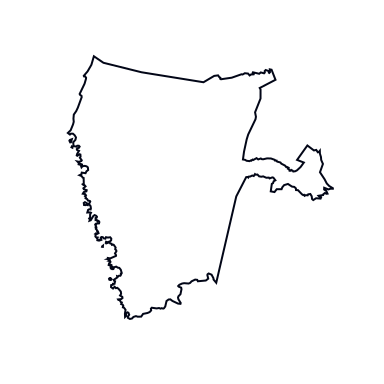 Santa María Huatulco, Oaxaca, Mexico (Robinson projection), rotated 105°
{"feature_id": "50627088B35092187555669", "entity_name": "Santa María Huatulco", "entity_type": "district", "adm_level": 2, "iso_a3": "MEX", "parent_name": "Mexico", "parent_adm1": "Oaxaca", "projection": "robinson", "projection_center": [-96.169, 15.822], "detail": "fine", "context": "isolated", "style": "outline", "palette": "ink", "viewbox_px": 384, "rotation_deg": 105, "n_neighbors": 0, "source": "geoboundaries", "source_scale": "gbopen_adm2", "svg_char_len": 6077}
<svg xmlns="http://www.w3.org/2000/svg" viewBox="0 0 384 384"><g transform="rotate(105 192 192)"><path d="M151.9,56.9L150.7,61.0L148.9,64.0L145.4,67.2L139.8,73.5L131.0,72.8L127.6,75.5L124.8,76.5L121.8,78.4L119.1,79.2L120.5,79.8L121.1,80.7L119.2,82.9L120.3,85.0L117.2,92.6L133.8,98.8L134.6,91.6L139.8,93.6L143.9,96.2L145.2,97.6L146.0,99.5L145.4,100.2L145.0,101.8L145.9,102.1L146.2,103.3L145.2,103.8L144.4,106.3L144.2,104.9L143.6,104.9L143.2,107.0L143.5,107.5L142.4,109.0L141.5,113.1L140.6,114.2L140.6,117.4L140.4,118.1L139.8,118.4L140.1,120.1L139.5,120.4L139.2,124.4L140.1,128.2L142.0,131.8L142.2,133.3L141.8,134.2L143.4,136.5L142.6,138.4L145.2,141.1L145.0,141.8L146.3,142.7L146.1,143.1L147.3,144.4L147.7,147.4L147.2,149.0L147.4,151.2L139.5,152.2L127.0,152.8L121.9,152.6L105.3,149.5L102.8,149.7L98.7,151.7L84.0,150.0L75.3,152.3L74.0,153.5L62.0,140.4L53.3,146.8L53.4,148.6L56.1,147.7L57.0,148.2L56.8,148.7L55.4,148.9L55.1,152.4L56.4,153.1L57.8,152.6L58.7,153.1L58.7,156.5L60.4,157.7L60.6,164.1L61.2,164.2L61.8,162.8L62.4,162.9L63.2,165.4L64.5,166.5L63.1,168.5L63.6,171.7L65.4,173.5L65.5,174.7L71.3,183.2L75.6,193.2L75.3,194.1L74.3,194.2L73.9,195.5L72.6,197.0L74.1,200.6L83.0,209.3L89.4,271.7L90.1,311.0L86.3,321.9L95.2,322.1L102.6,324.1L107.8,326.6L108.3,326.2L108.0,325.2L109.0,323.9L110.1,323.7L115.2,323.8L126.4,325.9L127.3,325.0L127.6,323.7L128.9,323.1L140.1,324.1L143.9,324.8L147.8,326.2L151.8,325.5L154.8,324.4L157.5,324.4L163.8,325.2L167.1,327.2L168.1,324.8L167.0,324.1L166.5,322.1L167.5,320.1L169.3,318.2L171.7,318.1L174.8,319.6L178.3,318.3L178.1,315.6L177.0,314.8L176.6,313.3L177.2,312.3L178.5,312.6L179.4,314.0L180.4,314.4L181.2,313.8L181.5,311.8L184.8,312.8L186.5,312.8L186.7,312.1L184.6,310.4L184.7,309.5L186.7,308.8L187.9,309.2L189.9,306.7L190.7,306.9L192.1,309.0L192.2,310.6L193.3,308.8L194.6,308.7L194.6,308.0L193.6,307.8L193.9,305.3L194.8,305.1L195.5,306.0L196.8,305.1L195.5,304.5L194.5,302.3L194.5,300.5L195.0,299.2L195.7,298.7L197.7,298.0L199.3,299.3L201.4,299.7L201.8,303.5L203.5,303.4L204.9,305.0L205.2,302.7L206.4,301.3L206.5,300.3L211.9,298.7L212.8,299.6L213.3,298.7L213.0,297.9L214.1,296.3L216.5,297.9L217.3,297.2L217.5,294.2L218.7,294.2L220.1,296.5L221.9,297.0L221.7,294.7L222.6,293.6L223.7,294.3L224.5,293.1L225.6,293.2L226.0,291.4L227.2,290.3L227.1,288.3L227.6,287.8L230.3,288.4L231.9,286.3L234.0,285.4L235.1,285.4L235.3,286.8L236.1,287.7L238.9,287.8L238.1,285.2L238.2,284.2L240.1,284.6L243.1,283.8L244.2,284.5L245.2,283.4L246.2,283.5L245.5,282.5L240.7,281.1L239.5,280.1L239.8,278.4L240.5,277.4L241.3,277.4L242.0,278.4L243.9,277.9L243.6,277.4L244.1,276.9L243.9,276.3L244.6,275.8L244.1,275.6L244.1,274.7L245.0,273.7L246.4,273.7L247.4,276.5L248.4,277.1L249.0,276.7L248.6,276.3L250.8,276.0L250.5,275.5L250.8,275.2L252.6,275.2L252.8,274.4L254.2,273.7L254.3,272.8L255.6,271.9L255.7,272.5L256.4,272.1L257.4,273.2L256.4,274.9L257.0,274.1L257.4,274.4L257.5,273.7L257.9,274.1L260.0,273.8L260.6,272.9L260.4,271.4L261.5,271.7L262.6,270.7L263.1,270.8L263.1,269.7L262.9,269.0L262.1,269.0L262.2,267.8L261.7,267.1L259.6,268.3L258.9,267.8L258.7,266.5L259.6,265.3L259.5,263.6L257.9,263.4L257.8,261.5L256.9,259.3L257.9,257.9L259.7,257.6L261.0,258.5L262.4,260.7L262.3,262.1L263.6,262.1L263.9,261.6L262.0,258.8L262.9,257.6L262.8,256.3L263.8,255.6L263.2,254.5L263.3,253.9L265.4,251.4L267.1,251.4L268.0,250.0L268.9,249.7L271.2,250.5L272.7,249.0L273.4,248.9L277.3,253.8L277.5,256.1L278.2,255.8L278.6,256.3L278.3,254.4L279.2,253.8L280.1,254.6L280.1,253.1L280.5,252.7L281.4,252.7L282.2,253.6L284.1,253.6L284.2,252.5L283.4,251.6L283.4,251.0L284.3,250.9L284.6,250.0L285.8,251.1L286.3,250.6L286.0,249.1L287.0,250.0L287.2,249.2L286.8,248.0L284.8,247.7L283.7,245.9L284.3,244.1L284.1,242.6L285.5,240.7L288.4,238.9L289.1,239.6L290.0,239.1L291.4,239.5L291.7,240.8L292.8,241.6L292.7,242.5L293.8,242.0L297.1,244.8L297.9,244.3L298.1,243.2L300.7,243.1L301.1,244.6L302.0,244.4L302.9,246.0L304.8,245.6L305.7,243.3L303.6,242.2L304.6,240.6L303.9,239.4L304.6,237.8L306.6,235.0L308.7,234.1L310.6,234.7L311.3,232.2L312.4,231.7L313.8,232.7L314.9,235.6L315.3,235.2L315.2,233.8L316.8,232.2L316.9,231.2L318.6,231.4L318.8,229.8L319.5,229.0L321.3,228.9L321.3,227.8L323.0,225.7L326.9,225.3L330.0,224.3L328.6,223.5L326.1,224.4L324.9,223.1L325.1,222.2L326.8,220.9L329.2,221.7L330.1,221.4L330.7,219.1L329.7,217.2L327.8,216.2L326.4,214.0L326.5,212.1L325.5,208.8L322.4,207.7L320.4,203.7L319.0,201.9L317.0,200.8L315.3,201.5L314.2,200.9L313.6,196.0L312.6,193.8L312.8,192.2L312.1,191.3L312.1,189.7L311.6,189.0L309.5,188.2L303.9,188.4L301.9,186.8L301.3,185.1L302.3,182.7L303.4,176.6L303.0,174.2L302.1,174.2L299.1,177.4L297.6,178.2L296.2,178.1L293.7,176.7L288.6,177.0L287.2,177.7L286.9,180.3L286.4,181.0L284.9,180.2L283.0,177.9L282.1,176.0L281.3,171.6L280.3,170.3L278.4,169.3L275.8,166.3L275.5,164.2L276.7,163.2L273.9,155.7L271.5,153.9L268.2,155.7L267.3,155.6L266.4,154.8L266.8,151.7L269.7,149.0L271.0,148.5L273.4,145.1L184.8,148.1L163.6,143.5L163.0,141.9L163.4,141.4L162.4,141.1L162.0,139.8L160.5,138.1L160.6,136.5L158.4,135.8L158.8,135.0L158.2,133.3L159.5,131.2L159.3,129.0L158.5,127.3L159.0,123.9L158.2,121.5L158.8,120.6L157.1,118.2L157.1,117.1L159.1,114.5L160.5,115.9L162.4,116.0L163.5,117.0L171.0,116.1L170.7,112.3L167.4,110.9L166.1,106.2L164.1,106.0L161.5,104.8L159.4,101.4L160.9,96.8L160.6,94.5L161.6,92.6L163.2,92.0L162.8,90.1L165.8,85.1L166.2,83.8L165.7,83.0L166.5,82.2L165.6,81.3L165.3,79.4L164.2,79.2L163.3,77.2L165.1,75.3L167.7,74.2L168.4,72.8L165.9,70.5L165.1,66.1L163.7,65.9L163.4,66.3L163.3,68.2L162.9,68.8L161.0,64.6L160.4,64.7L158.6,63.4L158.9,61.6L158.5,60.7L156.2,62.6L155.4,65.0L153.7,65.4L154.2,60.9L152.9,58.9L152.4,56.8L151.9,56.9ZM230.6,293.7L232.5,292.9L232.2,291.3L231.6,290.7L231.7,289.3L230.5,289.2L229.5,292.8L230.6,293.7ZM174.2,323.7L175.6,322.5L175.3,321.8L172.1,321.7L173.4,323.5L174.2,323.7ZM297.9,247.5L296.5,246.7L297.0,247.5L296.2,248.5L296.5,249.3L297.3,249.7L298.1,249.2L298.2,248.2L297.9,247.5ZM180.0,320.0L180.2,319.0L179.2,319.1L179.0,319.8L180.0,320.0ZM268.2,264.7L268.1,263.9L266.9,264.1L267.7,264.7L268.2,264.7Z" fill="none" stroke="#020617" stroke-width="2"/></g></svg>